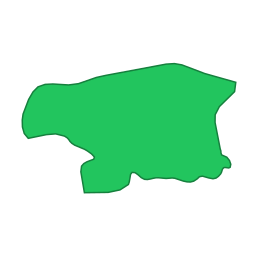 outline of Nueva Ecija, rotated 276°
{"feature_id": "PHL-2557", "entity_name": "Nueva Ecija", "entity_type": "Province", "adm_level": 1, "iso_a3": "PHL", "parent_name": "Philippines", "parent_adm1": "", "projection": "natural_earth1", "projection_center": [120.9, 15.651], "detail": "fine", "context": "isolated", "style": "filled", "palette": "green", "viewbox_px": 256, "rotation_deg": 276, "n_neighbors": 0, "source": "natural_earth", "source_scale": "10m", "svg_char_len": 1116}
<svg xmlns="http://www.w3.org/2000/svg" viewBox="0 0 256 256"><g transform="rotate(276 128 128)"><path d="M102.7,234.0L99.6,233.7L98.8,232.4L98.9,228.6L98.5,227.3L96.9,226.2L93.7,225.6L92.0,224.9L89.4,223.0L87.4,220.8L86.4,217.8L86.8,213.4L87.9,207.1L87.0,204.1L84.7,202.2L82.0,198.9L80.8,195.7L80.6,192.3L81.0,188.6L82.9,179.8L82.9,177.1L81.8,171.2L81.7,163.7L81.4,161.0L80.6,158.3L79.6,155.5L78.8,152.7L78.7,149.7L80.0,146.4L82.4,143.1L84.3,139.8L84.3,136.7L82.2,135.4L74.6,134.9L71.9,134.3L65.6,126.5L61.9,115.0L59.1,91.4L79.5,85.7L85.2,85.8L88.0,87.8L90.1,90.7L93.4,97.2L95.7,97.6L98.4,94.5L100.9,90.1L102.3,87.0L105.3,76.9L106.9,73.8L108.6,71.7L110.3,70.3L111.8,68.7L113.3,65.7L114.6,56.7L112.9,47.6L107.3,29.9L111.7,25.4L118.0,22.9L124.9,22.0L130.9,22.2L146.0,26.2L154.0,29.8L159.5,34.2L162.7,41.0L163.9,48.7L164.6,64.4L166.9,74.1L174.9,91.1L178.0,100.4L195.5,159.2L196.9,167.4L196.4,175.0L190.2,198.5L184.7,230.4L175.3,230.2L158.8,216.6L150.3,213.3L142.6,214.0L116.8,221.9L115.0,222.7L112.8,223.1L111.0,224.0L109.3,229.3L106.3,232.3L102.7,234.0Z" fill="#22c55e" stroke="#15803d" stroke-width="1.5"/></g></svg>